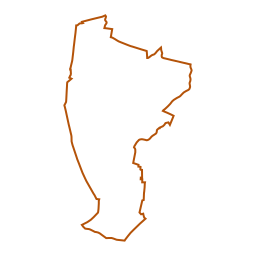 outline of Binh Tan, Hồ Chí Minh city, Vietnam, rotated 180°
{"feature_id": "81297802B42527210401893", "entity_name": "Binh Tan", "entity_type": "district", "adm_level": 2, "iso_a3": "VNM", "parent_name": "Vietnam", "parent_adm1": "Hồ Chí Minh city", "projection": "albers", "projection_center": [106.592, 10.769], "detail": "fine", "context": "isolated", "style": "outline", "palette": "amber", "viewbox_px": 256, "rotation_deg": 180, "n_neighbors": 0, "source": "geoboundaries", "source_scale": "gbopen_adm2", "svg_char_len": 3577}
<svg xmlns="http://www.w3.org/2000/svg" viewBox="0 0 256 256"><g transform="rotate(180 128 128)"><path d="M150.7,240.6L153.7,239.3L164.8,236.6L174.0,234.2L173.3,233.0L173.2,232.9L174.0,232.7L175.3,232.7L176.5,232.5L177.5,231.6L178.6,230.7L179.8,230.6L179.9,229.2L180.5,223.2L181.1,218.5L182.0,210.9L182.2,209.5L182.8,203.5L183.7,195.9L183.9,194.8L184.9,190.7L185.4,188.4L185.7,187.6L185.9,187.1L185.8,186.3L185.3,186.3L185.1,182.4L185.2,181.7L185.5,180.6L185.9,180.2L186.5,178.7L186.7,178.3L184.5,177.3L187.3,174.9L188.6,173.9L188.8,173.4L188.9,172.2L189.0,170.2L189.3,165.0L189.6,159.0L189.8,155.4L189.9,154.5L189.9,154.1L190.0,153.9L190.1,153.7L191.1,151.7L191.5,151.0L191.6,150.8L191.6,150.6L191.5,150.1L191.3,149.6L190.3,145.5L189.8,143.2L189.4,141.3L187.3,131.6L186.4,127.9L184.7,120.7L184.5,119.2L184.4,114.6L183.8,112.2L183.3,110.4L182.8,109.0L181.8,106.0L179.3,98.5L178.8,96.9L176.7,91.6L176.6,91.3L175.3,87.9L173.5,83.2L171.0,77.8L169.6,74.9L162.5,62.4L161.5,60.9L159.5,57.0L156.8,56.7L157.2,55.2L157.2,52.3L157.5,47.0L157.9,43.8L158.1,43.3L162.3,38.9L165.2,36.2L168.6,33.9L174.1,31.1L172.7,29.2L170.8,27.4L169.5,27.2L167.0,26.9L165.8,26.5L163.2,25.2L161.1,24.1L159.6,23.9L157.7,23.4L156.2,22.6L153.9,20.9L150.2,18.2L149.8,17.9L147.0,18.0L144.4,18.0L142.7,17.5L139.5,16.3L138.9,16.2L131.4,15.4L130.7,16.5L128.0,20.0L125.4,23.2L122.5,26.1L119.4,29.1L115.9,32.5L110.5,37.3L111.8,38.4L112.4,40.4L112.8,42.3L114.9,41.7L116.5,43.5L113.7,55.6L112.3,56.0L112.1,60.6L112.1,61.2L112.0,62.7L112.0,62.9L111.9,63.9L111.8,64.1L111.8,64.3L111.4,68.5L111.2,72.6L111.0,73.7L112.3,73.7L113.8,73.7L113.7,76.6L115.3,76.7L115.2,78.4L113.9,78.4L114.0,86.1L115.1,86.2L115.4,86.3L115.6,86.5L115.6,86.9L115.5,89.1L115.9,89.2L117.6,89.4L117.5,91.2L118.2,91.4L119.3,91.8L122.8,93.0L120.7,103.7L120.7,106.3L120.9,107.1L121.3,107.8L122.0,108.6L121.7,109.6L121.3,110.3L119.3,113.6L117.1,116.0L116.4,116.4L115.6,116.6L114.1,116.8L112.4,116.5L110.2,116.0L109.7,115.8L109.3,115.8L108.9,115.9L108.5,115.9L108.0,116.1L107.4,116.4L106.8,116.8L106.1,117.4L104.7,119.1L103.6,120.1L101.9,121.2L100.1,122.4L99.6,123.1L99.4,123.6L99.3,124.0L99.2,124.8L99.1,125.3L99.1,125.8L98.9,126.1L98.5,126.6L97.5,127.4L96.6,128.2L96.2,127.9L95.5,128.7L94.2,129.3L93.2,129.7L91.7,131.1L90.5,132.9L89.4,133.2L87.6,133.6L86.1,131.1L83.1,138.4L82.4,140.2L85.0,141.5L88.7,143.2L91.8,144.5L93.1,145.1L92.6,145.8L90.9,147.1L88.2,149.6L85.8,152.1L83.8,154.7L82.2,156.1L79.2,158.0L76.5,159.4L75.6,160.1L74.1,161.7L72.3,163.5L70.2,164.8L67.6,166.1L66.7,166.9L66.3,167.8L65.9,169.1L66.0,170.2L66.4,172.3L66.4,173.1L65.7,175.0L65.5,176.5L65.6,177.7L66.2,179.6L66.3,180.4L66.1,181.2L65.3,182.9L64.6,184.8L64.4,185.7L64.6,186.5L65.5,188.7L65.6,190.2L65.4,191.6L65.7,191.7L66.5,191.8L82.3,195.5L84.6,196.0L86.1,196.4L90.7,197.5L91.6,197.7L92.5,197.9L93.1,198.2L94.0,198.7L94.3,199.6L94.3,200.6L94.3,200.9L94.2,201.4L94.1,201.6L93.9,202.0L93.8,202.4L93.8,202.7L93.9,203.2L94.5,205.0L94.7,205.6L94.8,206.2L94.9,206.9L94.9,207.8L95.0,208.5L98.9,204.9L100.4,203.0L101.2,202.2L101.8,201.7L102.4,201.4L103.2,201.2L103.7,201.0L104.4,200.6L105.0,200.2L105.6,199.7L106.6,198.9L107.8,198.1L108.3,198.0L108.8,198.0L108.9,199.6L109.0,201.5L109.2,204.1L109.3,205.0L114.0,206.4L123.6,209.4L125.4,209.9L128.3,211.0L134.6,213.5L137.3,214.6L138.0,215.0L139.5,215.9L140.9,216.8L142.8,217.9L143.7,218.4L144.4,218.6L145.2,218.8L143.8,226.9L150.4,227.8L151.6,227.9L151.1,230.0L150.8,230.9L149.6,232.6L149.4,233.4L149.5,234.0L150.3,235.0L150.9,236.0L150.8,236.9L150.2,238.5L150.0,239.5L150.7,240.6Z" fill="none" stroke="#b45309" stroke-width="2"/></g></svg>